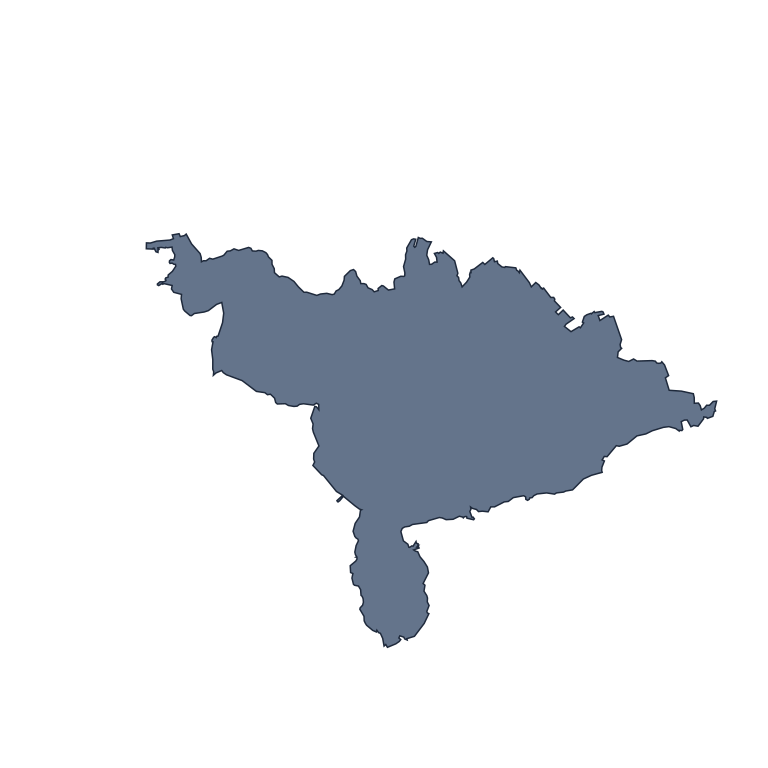 Aghiresu, Cluj, Romania (Mercator projection), rotated 310°
{"feature_id": "2599482B10502260282790", "entity_name": "Aghiresu", "entity_type": "district", "adm_level": 2, "iso_a3": "ROU", "parent_name": "Romania", "parent_adm1": "Cluj", "projection": "mercator", "projection_center": [23.266, 46.881], "detail": "fine", "context": "isolated", "style": "filled", "palette": "slate", "viewbox_px": 768, "rotation_deg": 310, "n_neighbors": 0, "source": "geoboundaries", "source_scale": "gbopen_adm2", "svg_char_len": 6171}
<svg xmlns="http://www.w3.org/2000/svg" viewBox="0 0 768 768"><g transform="rotate(310 384 384)"><path d="M584.7,649.8L582.2,647.4L576.9,647.0L575.1,644.8L571.4,644.9L568.2,643.8L570.7,640.1L571.5,637.1L568.7,634.1L573.0,630.4L575.4,627.2L569.7,616.4L562.5,606.5L569.6,595.6L573.4,596.6L578.9,586.7L579.6,582.5L577.9,582.6L576.2,580.9L575.4,579.4L575.9,577.2L574.3,574.4L564.2,563.1L563.6,559.1L558.6,557.0L556.5,552.5L554.4,545.8L559.1,542.7L564.1,543.1L564.1,541.8L566.0,539.5L570.7,537.5L583.4,516.3L580.5,513.9L580.9,511.5L571.4,508.6L574.1,504.1L578.9,507.6L580.0,505.6L579.7,504.2L574.2,499.6L574.6,498.4L571.1,497.8L571.2,497.1L567.5,494.9L564.5,494.0L558.9,496.2L559.1,497.7L553.3,498.3L553.2,496.7L544.3,493.6L544.1,485.2L546.9,485.0L556.3,487.6L556.5,485.3L554.5,484.2L555.8,473.7L549.2,473.0L549.2,471.9L549.5,469.1L556.2,470.1L557.2,461.1L558.8,460.3L559.4,458.3L557.5,456.1L560.1,444.7L558.7,444.5L558.9,443.2L558.3,443.1L559.5,439.0L559.3,435.0L553.1,434.4L555.1,430.1L558.6,415.0L556.2,416.1L556.7,414.1L556.4,412.6L557.7,410.3L551.9,401.5L550.9,401.6L549.5,399.1L549.4,393.7L551.0,391.8L548.7,390.0L550.6,387.4L550.6,386.2L540.4,384.4L540.6,381.5L530.2,379.2L527.1,377.4L525.3,379.0L525.0,378.3L522.9,379.2L521.1,381.0L515.1,381.8L508.6,381.4L510.8,377.8L511.4,375.1L513.6,372.6L513.8,370.3L516.3,369.4L523.8,358.9L524.2,343.9L522.1,345.1L521.2,342.3L519.2,342.0L519.2,340.6L516.4,338.7L514.8,342.8L511.5,346.3L510.0,344.5L506.3,343.5L504.9,342.0L507.9,338.4L510.1,334.0L514.8,331.1L523.3,328.9L520.7,325.2L520.3,319.7L518.8,318.1L518.3,316.1L510.0,319.9L508.5,319.7L508.7,318.2L515.3,315.3L514.2,313.4L512.2,312.3L502.8,314.0L500.5,316.1L496.9,317.4L493.6,320.3L486.5,323.5L482.5,328.6L480.2,330.3L479.2,330.1L477.3,327.6L471.5,324.7L468.5,326.1L463.7,331.0L458.8,327.0L458.7,320.5L458.0,319.0L453.4,318.1L451.9,319.5L448.3,317.2L448.7,314.2L447.4,309.9L448.8,306.3L448.0,304.1L446.0,301.7L447.9,299.3L449.2,293.9L451.9,290.0L452.1,287.1L449.2,285.3L441.0,284.5L437.9,286.7L432.1,288.7L427.3,288.7L424.5,287.5L420.9,288.1L419.1,286.8L416.7,281.9L412.1,277.5L408.7,275.6L404.7,265.9L402.8,263.7L403.4,255.9L404.7,249.1L404.0,242.0L401.1,236.5L398.7,234.9L398.9,228.5L401.8,225.8L403.7,221.3L406.7,218.7L407.1,213.8L408.3,211.5L408.7,209.1L407.8,205.2L405.5,201.8L403.5,200.6L401.3,197.6L402.4,194.8L401.6,192.5L392.9,186.8L391.1,182.2L387.2,180.7L384.9,178.5L379.7,178.5L378.0,177.8L369.6,172.6L368.2,169.6L364.0,168.5L362.4,166.5L360.3,165.6L363.5,162.6L365.7,159.3L367.6,146.6L371.7,136.1L369.4,135.7L366.0,133.2L367.4,130.4L362.1,126.0L360.0,129.3L356.7,127.5L347.3,118.0L341.8,114.4L339.4,111.3L334.8,115.0L338.9,120.4L339.5,119.9L340.3,120.5L338.7,124.3L339.5,126.3L341.4,124.8L342.5,125.2L343.0,124.6L342.2,124.0L343.0,123.2L345.5,125.6L347.6,129.0L348.3,128.9L349.3,130.7L352.6,133.6L350.3,136.1L348.6,140.6L346.8,142.0L343.8,143.2L342.4,140.8L340.5,140.5L339.2,141.4L338.8,142.6L340.4,144.0L340.7,146.2L341.6,147.4L340.4,148.8L334.3,149.5L328.8,148.6L327.1,149.9L325.0,148.6L323.7,148.9L323.4,150.3L322.6,150.5L320.5,149.4L318.3,146.7L315.0,146.1L314.3,146.7L314.6,148.2L318.9,149.6L318.3,150.4L319.6,151.2L323.3,158.4L320.2,160.1L319.1,164.0L322.5,171.3L318.9,173.8L312.3,182.2L311.8,184.5L311.8,191.4L312.6,192.6L316.1,193.4L323.6,200.0L327.3,202.3L337.4,204.6L342.2,207.3L335.2,215.7L327.2,220.9L314.0,226.1L313.0,225.2L311.7,225.6L311.4,223.9L310.3,223.5L307.0,224.0L305.9,225.1L306.4,225.9L299.4,229.9L292.6,237.2L285.3,243.3L283.9,245.7L281.0,247.7L284.5,248.2L290.0,251.0L289.4,253.6L289.8,257.5L295.4,273.1L296.3,291.0L300.8,298.3L300.9,301.6L303.2,303.6L302.8,309.3L300.2,312.9L300.1,315.1L305.5,321.1L306.1,324.6L308.9,329.4L311.2,331.7L314.1,332.4L317.1,335.0L322.4,343.4L325.8,344.5L326.4,347.1L322.4,350.6L323.1,347.0L322.4,345.4L310.7,349.9L307.8,355.4L303.9,357.9L301.7,360.8L294.7,374.0L285.8,374.8L281.3,378.3L279.7,381.0L275.9,381.9L274.4,394.6L275.0,396.5L271.1,416.6L272.2,423.9L264.4,422.9L264.0,423.9L264.1,424.6L266.1,425.1L271.9,425.1L272.0,439.8L272.4,445.5L273.2,447.6L272.2,447.1L266.4,450.7L258.7,451.5L251.3,455.0L248.5,459.6L248.1,461.6L248.4,463.7L247.4,465.2L242.3,466.5L236.5,469.7L234.9,471.8L234.1,474.2L233.4,473.9L233.8,474.7L232.4,475.9L230.2,476.2L223.1,474.9L218.1,479.6L218.8,482.0L214.7,484.2L210.9,489.4L210.9,490.8L212.8,494.3L211.4,498.3L207.3,502.3L207.3,503.7L206.1,506.0L203.6,508.5L200.8,509.8L197.3,509.6L195.9,510.3L193.2,518.0L189.8,521.1L188.6,523.8L188.0,525.8L188.0,533.7L189.1,537.5L190.8,536.8L190.0,539.6L190.7,541.5L188.3,546.5L183.3,552.5L185.6,552.8L184.5,555.9L192.6,560.1L196.7,561.2L199.0,561.1L199.0,558.6L201.3,558.0L202.8,561.9L202.0,563.8L202.8,566.3L203.6,565.2L210.3,569.5L226.4,568.7L236.9,566.0L236.5,564.4L237.3,563.0L243.3,560.9L244.9,557.2L248.0,554.9L249.4,552.8L251.0,547.8L256.2,544.7L256.3,542.2L267.9,539.5L271.7,534.9L273.7,528.7L274.8,522.6L277.2,517.7L276.2,515.6L276.0,513.4L280.9,516.3L281.6,514.9L280.7,515.1L280.1,514.0L282.8,514.2L282.4,513.6L283.5,512.9L282.9,511.1L283.9,509.8L278.4,510.5L277.9,509.4L275.3,508.6L274.9,508.0L276.6,505.3L276.3,499.7L281.8,491.8L285.1,490.8L287.8,491.7L291.3,494.8L294.7,496.1L305.4,505.8L307.9,505.9L317.3,512.2L318.8,514.7L320.0,518.8L324.8,523.9L331.1,526.7L332.7,529.9L332.4,530.8L334.0,530.9L335.3,532.0L335.5,532.6L334.5,533.8L337.6,539.9L338.8,539.9L339.3,537.8L338.5,537.0L341.5,531.7L343.9,531.1L345.4,529.4L345.5,531.6L347.3,535.5L347.0,538.4L349.8,541.1L353.0,545.9L358.5,544.8L361.0,547.7L371.0,551.9L373.9,554.7L380.1,556.1L388.2,562.8L388.6,565.0L386.8,566.8L387.2,568.8L389.1,569.4L390.4,568.9L392.2,570.5L394.7,570.5L398.2,572.0L405.1,578.6L409.3,585.5L411.4,586.1L416.7,591.1L418.8,592.0L424.1,596.5L439.4,597.8L447.4,601.6L456.6,607.9L457.7,606.3L460.4,604.4L466.7,602.3L466.1,599.9L470.1,599.3L471.7,601.6L486.1,601.6L487.5,604.2L494.3,608.8L506.8,611.1L514.1,616.7L520.7,619.6L530.4,625.9L534.5,629.7L537.4,636.1L537.7,640.3L538.3,640.0L539.8,642.1L541.2,642.1L546.2,635.9L549.4,637.3L551.3,639.4L548.5,646.6L551.3,647.9L553.5,651.7L562.7,651.2L564.3,650.1L565.9,652.7L565.5,653.8L570.6,656.7L575.2,654.7L576.5,655.3L577.6,653.3L584.7,649.8Z" fill="#64748b" stroke="#1e293b" stroke-width="1.5"/></g></svg>